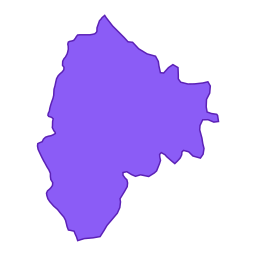 Khotsimsk, Mogilev, Belarus
{"feature_id": "67162791B11584975294724", "entity_name": "Khotsimsk", "entity_type": "district", "adm_level": 2, "iso_a3": "BLR", "parent_name": "Belarus", "parent_adm1": "Mogilev", "projection": "orthographic", "projection_center": [32.434, 53.377], "detail": "fine", "context": "isolated", "style": "filled", "palette": "violet", "viewbox_px": 256, "rotation_deg": 0, "n_neighbors": 0, "source": "geoboundaries", "source_scale": "gbopen_adm2", "svg_char_len": 2149}
<svg xmlns="http://www.w3.org/2000/svg" viewBox="0 0 256 256"><path d="M77.7,240.6L84.2,238.6L93.2,237.8L100.1,236.6L104.0,230.5L107.0,225.4L112.1,219.4L117.3,213.2L119.8,207.6L120.5,201.9L120.0,198.8L124.6,191.3L127.2,186.7L127.6,183.0L126.9,179.8L125.1,178.1L123.0,175.2L123.0,172.5L126.8,171.7L131.6,174.6L135.5,176.3L140.5,174.8L148.7,176.5L154.3,173.0L156.6,170.9L159.5,163.6L160.5,160.4L159.8,157.1L159.6,154.4L161.3,152.6L165.1,154.8L166.6,156.6L171.4,160.8L174.8,163.6L177.5,161.0L180.2,158.0L181.7,154.8L181.9,152.0L183.5,150.4L188.7,151.8L192.9,156.0L200.4,158.1L203.1,154.2L204.0,148.5L202.8,143.7L201.9,138.0L199.7,129.9L200.0,125.5L202.7,119.8L208.1,119.7L213.8,122.1L218.5,121.5L217.6,115.5L216.7,114.3L211.3,113.5L207.1,112.0L206.2,106.9L206.5,99.4L209.7,93.1L210.3,86.0L207.9,81.8L202.8,83.0L194.5,83.9L187.9,84.0L180.7,82.2L178.3,78.9L178.3,75.0L178.0,67.6L172.9,64.6L168.5,67.6L163.7,73.0L160.4,72.7L158.9,65.8L158.3,61.4L155.5,56.2L147.1,53.9L138.7,48.8L132.6,42.3L128.0,41.8L124.2,37.6L117.7,31.1L112.6,26.0L106.1,17.6L104.7,15.4L102.1,17.6L100.7,19.5L99.5,20.7L98.4,23.8L97.0,27.8L96.9,31.2L96.4,32.3L94.8,33.8L92.3,34.4L89.9,34.8L86.4,34.8L81.8,34.8L79.8,34.8L77.6,35.0L76.2,36.8L75.5,38.1L73.7,40.4L71.3,41.1L69.6,41.4L68.3,42.1L67.8,44.1L68.2,46.2L68.3,49.2L67.7,52.0L67.1,54.0L65.4,57.1L64.0,58.7L62.7,61.2L62.5,65.3L64.0,67.3L63.8,69.8L62.3,71.8L59.9,73.9L58.2,75.7L56.6,78.6L55.8,81.9L55.0,85.8L54.0,89.3L54.0,89.5L53.7,95.3L53.0,98.3L51.7,101.9L50.6,105.3L49.8,108.4L49.3,111.3L48.3,113.2L47.9,115.2L48.7,116.4L50.3,116.9L51.7,117.4L53.2,118.8L52.6,121.5L52.5,125.5L52.3,127.6L53.9,130.8L55.2,132.4L55.3,133.5L53.3,134.7L51.1,135.7L48.4,136.2L45.5,137.2L43.5,139.1L42.2,141.7L39.7,142.7L37.8,143.6L37.5,146.0L38.1,149.3L39.8,153.0L41.7,157.0L43.8,161.1L44.6,162.4L46.9,166.7L48.9,169.9L50.4,173.3L50.4,176.5L50.8,179.5L52.7,182.6L52.5,185.4L51.1,187.5L49.8,188.9L47.5,190.9L46.5,193.2L46.9,195.7L47.9,198.8L49.8,201.7L53.6,206.0L57.5,209.4L60.6,213.3L63.8,217.0L65.5,220.2L66.5,224.1L67.1,226.7L68.4,230.0L70.6,230.4L74.1,231.2L75.1,233.8L76.5,236.9L77.7,240.6Z" fill="#8b5cf6" stroke="#5b21b6" stroke-width="1.5"/></svg>